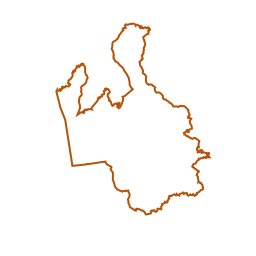 outline of Poxoréu, Mato Grosso, Brazil, rotated 331°
{"feature_id": "56859067B72857844459056", "entity_name": "Poxoréu", "entity_type": "district", "adm_level": 2, "iso_a3": "BRA", "parent_name": "Brazil", "parent_adm1": "Mato Grosso", "projection": "robinson", "projection_center": [-54.104, -15.809], "detail": "fine", "context": "isolated", "style": "outline", "palette": "amber", "viewbox_px": 256, "rotation_deg": 331, "n_neighbors": 0, "source": "geoboundaries", "source_scale": "gbopen_adm2", "svg_char_len": 5830}
<svg xmlns="http://www.w3.org/2000/svg" viewBox="0 0 256 256"><g transform="rotate(331 128 128)"><path d="M74.3,139.8L74.9,139.6L75.7,140.3L92.0,146.4L91.6,147.7L92.0,149.6L94.6,153.9L94.4,154.5L92.7,155.6L93.1,160.0L89.6,165.9L89.0,170.4L88.2,172.7L88.3,174.1L88.8,175.2L88.6,176.1L90.7,179.1L91.6,179.8L92.1,180.9L93.9,181.0L95.1,182.0L96.0,181.7L96.5,182.4L97.9,182.9L97.4,184.0L97.5,185.9L96.6,187.9L95.6,189.0L93.3,190.4L92.8,192.8L91.9,193.8L92.0,195.9L91.3,198.0L94.2,203.6L94.9,204.2L95.5,203.7L95.6,203.0L96.1,202.7L96.8,203.0L98.7,204.7L99.9,206.9L100.5,206.9L101.0,207.6L101.7,209.2L101.5,209.8L101.8,212.4L106.4,213.8L107.7,212.7L107.6,211.8L108.6,211.7L109.9,212.7L110.4,212.2L111.0,212.5L111.4,214.6L111.8,214.9L113.4,214.7L114.5,213.0L115.6,213.2L116.8,214.8L117.8,215.2L119.0,212.7L120.6,212.1L120.9,211.0L122.4,211.4L124.0,211.2L124.4,210.6L125.0,211.7L126.2,212.1L126.8,211.7L127.0,210.8L128.0,210.6L128.9,209.7L130.0,209.7L130.3,208.0L131.4,207.4L132.9,208.6L134.3,208.2L136.2,208.4L137.2,210.1L138.6,209.2L139.1,210.9L139.9,211.2L140.1,211.9L141.6,210.8L144.6,211.6L144.9,211.2L145.4,211.7L145.0,212.7L147.9,213.3L147.4,215.3L148.2,216.6L149.9,216.2L150.4,216.3L150.6,217.0L151.8,217.8L152.3,217.4L152.9,217.5L153.3,219.7L155.0,219.4L155.7,218.9L155.7,219.4L156.5,219.2L157.1,218.4L159.7,218.3L161.7,217.6L163.7,218.1L164.5,217.2L164.8,215.5L165.5,214.2L165.1,213.1L165.3,211.9L164.4,211.1L164.6,210.7L163.8,209.2L163.3,209.3L164.4,207.8L164.6,206.3L165.6,204.2L165.2,202.3L167.3,200.9L168.6,200.6L169.0,200.1L168.2,199.5L167.6,197.2L166.5,195.8L166.6,194.8L166.3,194.2L165.9,194.1L165.5,192.9L167.9,191.2L169.1,191.8L170.0,191.7L173.2,190.0L174.3,190.2L175.1,189.1L176.0,189.9L177.8,189.8L179.0,190.7L180.4,190.2L181.2,191.6L181.7,192.0L182.8,191.9L185.1,193.2L184.8,191.6L183.8,191.6L182.8,191.0L184.8,190.7L186.7,189.5L186.4,188.9L184.3,188.8L184.1,188.3L184.4,187.8L183.3,187.1L182.7,186.1L180.5,185.6L182.2,183.7L181.9,183.3L181.4,183.5L180.6,182.5L179.2,183.9L177.3,183.3L177.4,182.6L178.0,182.4L178.5,181.5L177.8,180.7L178.3,179.1L179.3,178.9L179.8,178.4L180.7,179.1L181.8,176.3L184.1,174.0L182.2,169.8L181.4,168.9L179.0,168.7L177.0,165.7L176.4,164.2L175.9,164.2L175.5,163.7L174.8,161.3L174.2,161.0L174.6,160.5L174.6,159.3L176.7,159.5L178.4,158.4L178.8,158.4L178.4,160.5L178.8,160.8L179.4,160.9L179.9,159.9L180.7,159.2L183.7,159.5L184.7,156.6L184.5,154.3L185.3,151.9L187.8,150.6L186.8,149.0L186.2,149.0L185.4,148.1L186.1,147.1L187.2,147.1L188.2,146.6L188.9,142.6L189.5,141.4L188.1,136.6L185.5,134.6L184.1,133.9L182.4,134.1L180.9,132.6L178.5,131.5L178.0,130.7L178.1,129.1L177.4,127.0L176.5,126.0L176.4,124.9L174.5,121.2L173.2,120.3L173.4,119.4L173.0,118.6L174.1,116.8L173.5,113.7L172.1,111.7L170.1,110.9L169.6,109.8L169.9,107.8L170.6,106.2L171.4,105.9L171.3,105.1L170.7,103.5L170.1,103.0L169.9,101.6L167.6,100.1L167.1,100.3L166.1,98.1L166.2,96.3L167.0,95.2L166.9,94.5L169.0,91.7L168.6,89.1L167.6,87.5L167.8,86.6L169.0,85.2L168.9,83.7L169.2,83.0L169.0,82.5L169.4,81.2L169.0,80.1L169.1,79.0L169.8,77.3L169.9,76.0L170.3,75.6L172.4,75.3L173.3,74.4L174.0,74.9L174.4,74.6L175.3,71.2L175.9,71.3L176.2,70.8L177.4,70.5L177.7,69.8L178.3,69.5L178.6,68.3L180.1,67.4L180.0,66.6L180.4,65.7L182.0,64.9L182.6,64.0L183.4,63.5L184.0,62.3L184.2,60.3L184.7,60.0L184.8,57.3L185.5,55.9L191.0,55.0L191.5,55.5L192.7,53.7L192.7,53.0L193.8,53.0L194.1,52.5L194.9,52.6L195.0,51.9L194.3,51.7L194.0,51.2L194.9,50.2L194.5,49.8L192.6,49.7L191.9,48.2L189.7,48.2L189.3,47.7L189.1,45.6L188.7,45.2L187.8,46.0L187.8,46.9L187.1,46.6L187.3,43.7L186.2,42.8L185.9,41.9L184.7,41.5L184.3,42.0L184.2,40.3L183.7,39.6L182.4,38.9L181.6,38.9L180.6,38.1L177.6,37.6L176.8,36.5L176.0,36.3L175.1,36.8L174.8,38.7L174.4,39.4L173.2,39.0L172.8,38.4L171.2,38.9L171.3,40.3L169.0,40.8L167.8,41.6L165.8,42.3L162.6,44.7L158.8,45.7L157.1,45.3L155.8,46.0L153.4,49.6L152.2,50.7L152.0,52.1L152.2,53.7L150.7,57.8L150.0,58.1L149.9,59.0L149.1,60.0L149.4,61.0L149.1,63.1L150.8,66.3L151.5,70.0L152.5,72.1L152.7,74.3L152.5,75.8L153.0,80.0L152.9,84.7L151.3,89.4L150.5,90.6L150.3,93.8L150.9,96.4L140.6,98.5L138.4,98.0L138.2,99.4L137.3,101.1L133.3,104.7L132.3,105.0L131.1,106.1L129.4,106.1L129.6,105.4L128.9,104.3L130.8,103.8L132.2,102.7L132.7,102.1L132.3,101.6L130.9,101.5L130.4,102.1L129.6,102.0L129.6,100.8L127.7,100.4L127.2,100.4L126.4,101.2L125.1,101.1L125.1,98.8L125.7,97.4L125.6,95.7L124.8,95.4L125.0,94.1L125.5,94.1L125.8,93.5L125.6,90.2L127.3,88.3L128.5,88.5L129.5,87.7L129.7,86.7L129.5,84.5L129.1,83.9L128.4,83.9L128.1,82.9L127.5,82.6L127.0,82.6L126.7,84.0L125.7,83.7L124.8,83.9L124.8,84.6L123.6,86.8L121.1,86.3L120.9,87.6L120.4,87.9L118.7,87.2L118.1,87.6L117.5,88.8L117.5,88.0L116.7,88.1L112.8,90.1L107.2,92.2L105.2,93.5L105.2,94.1L104.6,93.4L101.5,92.0L101.1,92.4L99.9,92.2L99.8,91.5L99.3,91.1L97.3,91.8L97.5,92.8L97.2,93.3L96.6,93.3L96.8,92.6L96.4,92.0L95.6,92.3L95.3,91.8L94.3,91.5L90.2,91.9L95.9,87.1L97.0,84.5L97.8,81.0L100.5,77.7L101.6,77.1L102.9,77.0L103.6,76.4L104.4,75.1L104.6,73.3L105.5,72.5L106.8,69.6L108.0,69.0L111.4,68.7L113.4,67.9L115.6,65.4L117.0,64.7L117.5,62.3L117.1,61.0L117.3,59.2L117.8,57.6L118.5,57.0L120.0,53.7L119.7,50.9L120.0,50.3L119.6,49.9L119.2,50.5L118.1,50.6L117.6,50.1L117.9,49.5L117.4,49.5L116.2,50.5L115.1,50.9L114.9,49.5L113.5,50.1L113.5,49.4L113.1,49.1L112.4,50.4L110.1,51.3L109.6,52.3L108.8,51.8L108.9,52.5L108.5,52.8L108.0,52.0L107.2,51.9L106.5,53.1L105.9,53.0L105.6,54.3L104.5,55.8L102.1,57.2L98.9,57.6L98.3,58.9L97.3,59.6L97.4,60.3L98.3,61.1L97.8,61.7L98.2,62.1L96.8,62.9L95.1,62.3L94.0,61.1L92.5,61.8L92.3,61.3L91.6,61.0L91.3,61.5L90.8,61.4L90.6,60.2L89.9,60.4L89.4,61.9L88.5,61.8L87.7,61.3L87.7,62.3L87.3,62.8L86.9,62.9L85.8,61.5L85.2,61.6L84.4,61.1L84.5,60.5L83.6,61.4L83.1,61.2L78.7,77.7L77.1,90.3L61.0,134.2L74.3,139.8ZM117.5,88.0L117.2,87.2L116.7,87.3L117.5,88.0Z" fill="none" stroke="#b45309" stroke-width="2"/></g></svg>